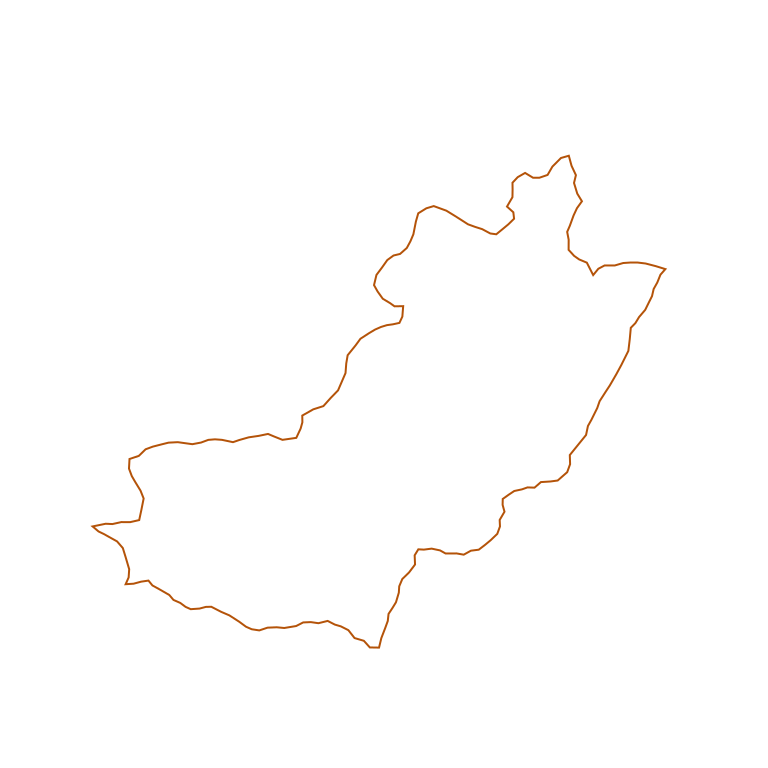 outline of Herculândia, São Paulo, Brazil, rotated 20°
{"feature_id": "56859067B3625092045364", "entity_name": "Herculândia", "entity_type": "district", "adm_level": 2, "iso_a3": "BRA", "parent_name": "Brazil", "parent_adm1": "São Paulo", "projection": "albers", "projection_center": [-50.378, -21.944], "detail": "fine", "context": "isolated", "style": "outline", "palette": "amber", "viewbox_px": 768, "rotation_deg": 20, "n_neighbors": 0, "source": "geoboundaries", "source_scale": "gbopen_adm2", "svg_char_len": 2829}
<svg xmlns="http://www.w3.org/2000/svg" viewBox="0 0 768 768"><g transform="rotate(20 384 384)"><path d="M435.9,150.9L438.3,157.2L440.8,164.5L438.9,175.2L446.8,178.4L449.7,184.2L446.2,191.5L442.4,198.0L438.3,204.9L432.4,206.2L423.3,204.9L415.9,205.2L408.3,205.2L399.5,203.2L393.1,201.8L383.3,199.8L369.9,199.8L363.7,204.4L357.8,211.9L358.4,220.4L360.4,233.3L360.0,241.0L358.9,248.4L354.6,256.3L349.0,260.0L344.7,266.4L342.3,275.2L339.6,284.1L340.8,294.5L346.4,299.3L353.7,304.3L361.9,305.9L367.3,307.4L375.4,304.3L378.2,314.4L377.6,321.3L371.9,324.9L366.6,327.7L361.7,331.4L357.0,335.9L352.6,341.3L346.4,349.5L344.1,357.4L340.0,369.4L341.5,377.6L344.1,386.9L343.0,405.7L338.7,415.3L334.6,425.5L326.2,432.0L318.0,441.6L320.4,447.9L320.9,454.4L320.0,464.6L307.7,471.2L298.3,470.9L292.1,470.6L284.0,475.6L275.1,480.4L267.2,486.1L262.0,490.3L250.8,491.9L244.1,493.8L238.0,496.6L232.1,501.6L224.5,506.1L210.1,509.2L201.6,512.8L196.1,516.5L188.2,521.9L182.3,526.9L178.2,535.4L170.5,541.5L173.3,550.7L178.5,556.8L183.8,561.2L191.7,567.5L197.3,573.8L199.1,585.5L200.5,595.6L192.6,600.7L184.4,603.6L176.7,608.5L170.3,610.5L158.9,617.5L166.2,620.2L172.1,620.8L178.2,621.8L187.0,623.2L194.7,627.5L200.3,634.9L207.9,645.2L210.2,653.1L209.7,660.5L217.0,657.3L223.4,652.8L229.9,649.3L235.3,652.5L243.0,653.7L254.4,655.7L260.0,658.9L267.4,659.4L273.8,661.3L279.4,661.7L287.5,658.1L292.8,654.4L297.9,652.4L309.0,653.8L317.8,654.3L329.2,656.9L337.4,659.3L343.6,659.7L351.1,658.2L357.9,652.8L366.4,649.3L373.7,647.4L384.2,641.5L389.6,635.7L396.6,632.8L404.2,631.2L412.1,625.9L420.1,626.9L426.3,626.5L434.7,627.5L443.2,632.8L452.9,632.2L460.8,636.4L469.5,633.4L468.4,623.7L468.6,613.0L468.6,605.4L466.9,598.5L468.6,591.4L469.9,585.0L469.3,575.0L467.5,568.9L467.9,561.0L472.0,552.5L474.9,543.0L471.4,534.5L472.8,527.6L478.1,526.0L485.1,522.4L493.6,521.2L499.8,522.2L505.1,520.3L510.1,518.4L517.3,517.1L522.7,510.9L529.7,507.3L534.1,500.4L537.6,494.4L541.7,486.1L541.7,478.2L539.2,472.2L540.9,462.8L536.8,457.0L534.9,451.4L539.1,445.3L543.0,440.0L549.7,435.8L554.2,432.1L560.9,429.9L565.0,422.5L573.7,418.7L580.2,415.3L586.3,404.2L586.3,395.7L582.9,387.2L591.3,362.8L590.0,353.7L591.1,347.0L592.6,333.7L592.5,326.4L594.9,315.7L596.7,308.1L599.0,295.1L600.5,285.0L602.3,269.3L599.6,257.8L596.7,246.8L599.4,240.8L600.8,233.8L604.1,225.0L605.0,216.7L605.8,209.8L604.9,202.5L606.1,195.2L606.4,186.7L609.1,179.8L599.1,180.3L588.6,181.3L580.9,183.1L574.2,185.5L567.4,188.5L560.3,193.7L550.7,197.2L546.0,202.4L543.3,210.1L533.1,200.6L524.8,200.2L518.9,198.6L511.6,194.8L508.2,185.3L504.1,178.4L504.5,171.8L504.5,160.8L505.2,152.8L507.5,144.6L500.5,139.0L493.8,130.1L492.9,122.1L485.6,114.8L479.6,106.3L473.0,111.1L467.9,122.1L466.2,131.6L459.5,137.0L453.5,139.2L444.4,137.4L438.9,143.9L435.9,150.9Z" fill="none" stroke="#b45309" stroke-width="2"/></g></svg>